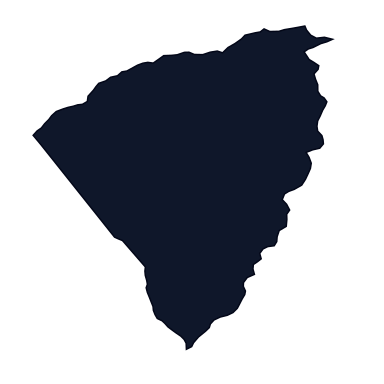 Suzanápolis, São Paulo, Brazil (Equal Earth projection), rotated 265°
{"feature_id": "56859067B46046114301924", "entity_name": "Suzanápolis", "entity_type": "district", "adm_level": 2, "iso_a3": "BRA", "parent_name": "Brazil", "parent_adm1": "São Paulo", "projection": "equal_earth", "projection_center": [-51.077, -20.469], "detail": "fine", "context": "isolated", "style": "filled", "palette": "ink", "viewbox_px": 384, "rotation_deg": 265, "n_neighbors": 0, "source": "geoboundaries", "source_scale": "gbopen_adm2", "svg_char_len": 2007}
<svg xmlns="http://www.w3.org/2000/svg" viewBox="0 0 384 384"><g transform="rotate(265 192 192)"><path d="M317.8,132.6L314.3,127.9L313.4,120.9L310.2,115.8L308.4,108.6L305.3,105.5L302.0,102.7L296.5,96.8L291.3,95.6L288.9,90.5L288.8,85.7L287.8,81.2L287.1,75.9L286.0,70.9L284.0,63.8L280.3,58.9L276.6,55.6L272.9,51.2L268.9,47.5L266.4,43.1L262.3,38.7L252.8,45.3L153.8,110.9L151.7,114.6L149.7,118.5L121.4,139.0L117.3,138.2L113.0,138.2L107.8,139.2L103.9,139.5L100.6,138.0L95.8,138.8L90.7,140.4L85.6,141.9L81.3,143.2L77.5,143.2L73.1,144.5L69.0,146.4L66.3,151.0L63.5,153.5L59.7,156.3L56.2,160.2L52.7,164.2L49.4,168.3L45.8,171.3L41.8,173.0L35.8,172.7L38.0,178.2L41.7,180.4L47.0,185.8L52.1,193.3L55.4,197.4L58.9,198.8L62.6,202.8L65.0,209.3L66.1,216.4L68.3,222.3L72.2,227.0L75.3,229.0L81.2,232.7L85.2,235.6L88.7,236.6L93.5,234.9L97.3,235.4L102.0,239.6L104.5,247.0L110.0,246.0L114.4,246.8L116.8,251.1L119.4,255.1L124.9,254.1L129.1,257.8L131.0,262.7L131.3,269.2L135.2,272.1L140.0,272.9L146.0,275.5L149.6,282.9L156.3,284.1L161.6,284.4L165.5,287.7L171.5,285.2L176.5,281.2L182.0,284.0L184.2,288.4L185.7,294.0L189.3,301.9L194.7,306.1L200.2,309.3L205.1,312.0L210.3,313.3L216.4,311.6L221.5,309.1L223.5,315.9L224.5,323.1L228.5,327.1L232.7,327.1L236.9,326.3L241.7,322.5L246.6,322.2L251.9,323.4L256.7,326.4L262.1,329.3L266.3,332.3L270.1,334.2L274.2,331.8L276.6,328.5L281.4,326.1L287.9,326.6L293.5,324.9L299.0,323.8L303.2,328.3L306.8,329.3L310.5,324.7L313.8,320.2L317.2,318.4L321.8,315.9L324.4,320.4L325.4,325.1L328.6,333.2L329.9,339.5L331.9,345.3L334.6,337.4L334.4,329.3L337.9,323.9L343.4,320.2L347.5,318.9L346.8,311.8L346.3,306.3L345.7,298.3L344.5,292.6L345.1,283.5L348.2,278.0L345.5,273.9L345.1,269.0L344.3,263.5L343.6,258.5L340.2,254.7L336.1,247.7L332.8,240.5L328.0,234.6L330.2,229.5L329.7,222.3L327.9,214.7L328.8,206.3L331.5,201.2L331.8,196.6L330.0,189.3L329.9,183.7L330.3,175.7L327.5,171.0L323.8,164.6L325.0,159.3L324.6,154.3L323.1,148.8L318.2,137.7L317.8,132.6Z" fill="#0f172a" stroke="#020617" stroke-width="1.5"/></g></svg>